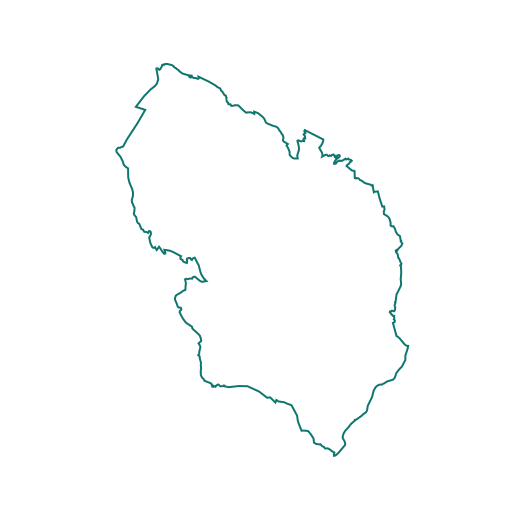 outline of Porumbeni, Harghita, Romania, rotated 301°
{"feature_id": "2599482B64869304081158", "entity_name": "Porumbeni", "entity_type": "district", "adm_level": 2, "iso_a3": "ROU", "parent_name": "Romania", "parent_adm1": "Harghita", "projection": "orthographic", "projection_center": [25.126, 46.271], "detail": "fine", "context": "isolated", "style": "outline", "palette": "teal", "viewbox_px": 512, "rotation_deg": 301, "n_neighbors": 0, "source": "geoboundaries", "source_scale": "gbopen_adm2", "svg_char_len": 6113}
<svg xmlns="http://www.w3.org/2000/svg" viewBox="0 0 512 512"><g transform="rotate(301 256 256)"><path d="M257.3,432.7L256.8,431.8L256.6,430.1L257.0,428.3L259.4,421.5L259.8,419.3L259.8,417.6L269.2,407.8L269.7,408.3L270.9,408.8L271.9,408.5L272.4,408.0L272.6,406.8L274.2,406.5L275.0,405.6L275.8,405.3L275.2,404.0L275.8,402.9L275.6,402.3L276.5,400.8L276.6,399.7L277.5,399.4L278.7,400.6L279.2,400.8L279.8,402.9L281.3,402.9L283.7,401.8L284.2,400.9L285.2,400.2L287.4,399.7L287.6,399.2L288.2,398.9L288.7,399.2L295.3,396.3L304.3,395.6L305.9,395.2L307.0,394.7L310.9,391.8L315.6,389.6L317.9,388.2L321.6,385.6L322.2,384.4L322.4,384.4L322.7,385.0L324.3,384.7L325.0,383.3L327.6,379.8L327.6,379.0L330.4,376.6L331.0,375.0L331.4,374.7L331.5,373.9L332.6,373.0L333.4,373.3L333.0,374.2L335.6,374.3L339.3,375.3L342.1,375.0L343.0,372.6L343.9,372.5L344.0,371.9L347.1,369.2L347.3,368.5L347.3,366.2L348.9,363.2L350.9,361.2L352.3,358.4L351.5,357.4L351.3,356.7L351.4,355.7L353.9,354.2L356.3,351.7L357.3,350.1L357.8,348.3L357.8,344.2L359.9,342.6L361.7,342.4L364.3,340.5L364.5,340.3L363.4,338.8L369.1,332.2L374.1,327.2L372.3,324.7L371.3,324.2L376.7,319.5L375.9,319.1L376.2,317.5L374.9,313.2L374.6,311.1L375.0,308.0L374.7,306.1L375.3,303.9L374.6,301.9L373.9,301.7L373.7,300.5L379.5,296.8L379.6,296.5L378.7,294.2L379.8,287.2L380.8,287.2L383.2,288.3L384.7,288.1L386.1,288.9L387.0,289.0L387.2,287.7L386.6,285.7L387.0,284.9L385.2,283.7L385.5,282.6L382.0,280.8L381.6,280.5L381.5,279.7L380.5,278.8L380.6,278.1L378.8,277.1L376.3,276.8L375.2,275.6L375.8,275.0L377.7,274.8L380.4,275.0L383.5,276.4L385.0,276.3L385.4,275.7L385.0,274.8L383.9,273.8L382.4,274.1L381.3,273.4L381.4,272.6L382.7,271.9L382.4,271.0L382.9,270.2L381.8,269.1L380.5,268.9L380.2,267.3L379.1,266.9L378.9,266.4L379.2,264.5L378.4,263.4L375.3,261.5L376.7,261.2L378.7,259.1L381.0,254.9L381.7,254.3L383.2,254.9L386.3,254.9L389.2,254.4L390.5,253.7L389.1,233.0L387.8,233.1L387.2,234.6L386.8,235.1L384.9,234.1L384.6,234.3L384.1,236.1L382.1,237.6L381.3,236.3L380.2,236.7L379.7,237.9L379.3,238.1L378.7,236.8L377.3,235.4L376.9,232.6L376.0,232.2L373.3,235.0L371.0,237.0L368.9,238.2L363.3,239.6L361.1,241.5L359.4,238.8L359.0,237.2L359.1,235.7L359.5,234.1L360.1,232.7L362.7,231.1L365.1,227.8L366.5,225.2L368.4,225.6L368.4,220.6L369.1,219.4L370.9,218.9L372.4,217.9L373.6,216.3L373.8,215.3L374.9,213.6L376.0,210.6L376.7,209.8L377.1,208.7L377.2,206.6L376.3,203.2L375.4,197.4L375.4,196.2L375.7,195.5L377.8,192.6L378.2,191.6L378.8,189.4L379.5,184.3L378.8,180.1L376.9,181.3L376.6,177.7L374.7,174.7L373.8,173.9L374.0,171.9L374.6,168.8L376.0,163.4L374.6,160.5L373.2,159.3L372.1,157.7L372.1,156.9L372.8,156.3L372.9,155.9L372.1,154.8L372.0,154.3L372.1,153.8L373.2,153.1L373.0,152.3L373.6,151.1L375.9,149.4L376.6,149.2L377.1,148.2L377.8,147.7L378.0,147.3L377.7,146.4L377.7,146.1L379.4,142.8L379.9,140.7L381.2,139.0L380.9,136.0L381.3,133.6L381.2,125.9L380.1,114.4L379.2,115.3L378.4,115.4L377.9,115.0L377.4,112.4L376.6,111.2L376.5,109.9L376.7,108.8L375.3,108.1L375.2,106.7L375.3,106.5L377.1,107.2L375.9,104.4L374.5,98.7L374.9,95.2L375.5,93.4L375.4,92.3L375.7,90.9L375.8,88.0L376.3,87.5L376.3,85.5L374.8,80.7L373.2,78.7L372.4,78.7L372.5,78.1L371.9,77.5L371.2,77.2L370.3,77.6L367.3,77.7L366.1,77.5L365.8,77.3L366.2,75.3L365.9,74.5L365.4,74.0L357.3,81.1L352.8,82.3L349.4,81.8L344.6,79.9L335.1,77.7L322.0,76.2L324.2,85.8L308.4,86.0L289.2,85.3L281.3,85.7L280.3,84.6L278.6,83.7L278.2,82.6L277.5,81.9L274.8,81.7L273.3,83.0L271.2,88.8L268.4,93.2L266.2,95.6L265.4,97.9L265.2,101.2L257.4,106.1L253.8,109.6L249.4,115.6L246.9,118.0L243.9,119.7L240.2,120.6L239.4,121.1L237.9,122.3L237.1,123.8L236.1,124.9L234.8,127.1L231.0,129.0L229.6,129.3L229.0,129.9L228.5,130.6L227.6,133.3L224.3,136.2L223.4,137.9L223.5,139.3L220.0,144.0L220.4,145.7L219.2,147.6L220.3,150.4L220.2,151.6L222.5,151.6L222.7,152.2L222.3,153.5L220.7,154.6L218.7,155.0L216.9,154.9L216.3,155.4L212.9,158.6L210.1,162.6L210.1,163.8L210.9,164.7L211.6,164.9L210.6,166.3L210.0,167.9L214.0,168.1L213.0,170.6L211.6,173.2L210.6,176.2L211.4,177.0L211.7,176.9L214.1,174.3L216.1,179.1L216.7,182.4L217.2,191.8L216.4,191.7L214.6,192.8L214.8,195.1L214.0,195.8L213.8,196.8L214.1,199.4L214.5,200.3L216.3,199.6L217.3,198.5L218.3,198.3L219.7,199.4L220.3,200.5L219.5,202.1L219.6,203.1L220.7,202.9L221.7,203.3L223.0,204.3L218.4,211.8L213.6,216.7L211.7,219.2L209.9,222.9L209.0,226.4L206.0,223.0L205.8,220.7L206.8,214.2L206.1,213.4L205.0,212.7L203.8,213.0L202.3,210.5L201.0,209.5L200.6,208.0L199.5,207.2L196.6,209.9L190.4,212.9L188.8,211.5L185.6,210.3L181.7,208.0L180.6,207.7L178.7,208.1L176.9,209.0L174.5,212.4L172.3,215.0L172.0,216.2L172.8,217.7L172.8,218.5L171.6,219.6L169.7,219.0L168.5,219.5L167.2,221.3L164.7,225.6L163.1,229.4L162.7,231.3L162.4,237.7L161.3,238.5L160.7,240.2L159.5,246.5L158.8,248.9L156.3,251.8L154.9,252.8L151.5,251.8L150.1,254.5L148.7,255.5L144.9,256.6L142.9,257.7L141.3,257.5L141.0,259.3L139.0,260.8L136.3,263.7L133.9,265.0L130.9,267.2L129.6,267.5L125.6,270.0L124.1,272.2L123.2,275.3L122.5,276.0L123.6,282.6L123.4,283.8L122.7,284.5L122.9,284.9L122.8,285.4L121.9,285.4L121.5,285.8L121.7,286.6L123.4,287.8L123.1,288.5L125.8,289.2L126.4,289.8L126.0,292.6L127.5,294.8L128.5,295.1L128.6,295.7L128.1,296.0L129.4,300.0L135.6,308.1L140.0,315.8L141.4,328.6L140.2,338.6L142.1,340.9L140.4,348.1L143.0,347.6L142.9,350.1L145.2,355.7L145.5,359.0L146.4,363.2L140.3,373.5L137.6,375.6L135.5,377.5L129.7,385.0L131.0,386.9L132.7,390.5L132.5,391.8L131.4,394.8L129.2,399.3L125.9,401.8L125.9,404.5L127.3,407.7L127.8,408.0L127.1,410.8L127.3,412.8L126.7,413.9L126.7,414.6L128.1,416.6L128.2,418.8L127.8,421.6L127.9,424.4L126.0,425.0L124.9,425.7L126.0,426.9L129.8,428.1L139.9,429.7L141.2,429.0L142.9,427.2L144.3,424.5L145.3,423.6L148.7,422.5L152.2,422.5L157.2,423.5L160.9,423.9L165.9,425.5L166.4,425.2L166.8,425.9L173.3,428.8L175.7,429.4L178.2,430.6L179.9,430.8L182.0,430.3L184.9,429.0L195.0,428.1L201.2,426.2L205.0,426.1L206.9,426.6L209.0,427.8L209.9,428.8L210.4,430.0L212.0,430.8L212.8,431.5L216.0,433.0L220.5,437.1L222.4,437.6L223.5,437.6L227.9,436.6L232.4,437.1L236.4,438.0L243.7,437.6L247.6,435.3L254.7,433.7L257.3,432.7Z" fill="none" stroke="#0f766e" stroke-width="2"/></g></svg>